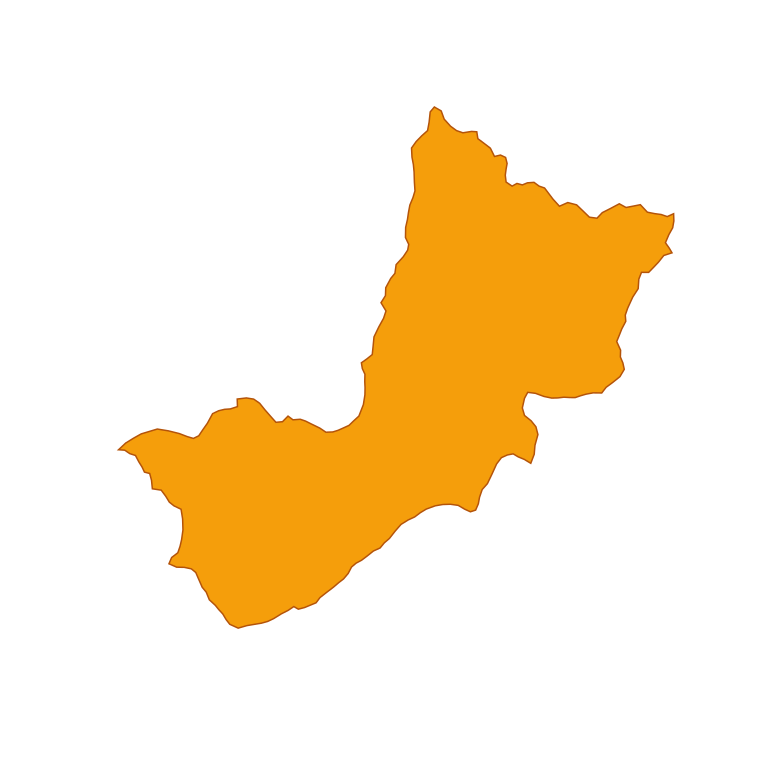 the district of Barão de Cocais, Minas Gerais, Brazil, rotated 19°
{"feature_id": "56859067B12176821101651", "entity_name": "Barão de Cocais", "entity_type": "district", "adm_level": 2, "iso_a3": "BRA", "parent_name": "Brazil", "parent_adm1": "Minas Gerais", "projection": "robinson", "projection_center": [-43.5, -19.896], "detail": "fine", "context": "isolated", "style": "filled", "palette": "amber", "viewbox_px": 768, "rotation_deg": 19, "n_neighbors": 0, "source": "geoboundaries", "source_scale": "gbopen_adm2", "svg_char_len": 3254}
<svg xmlns="http://www.w3.org/2000/svg" viewBox="0 0 768 768"><g transform="rotate(19 384 384)"><path d="M602.4,128.7L597.3,133.5L590.9,133.5L584.4,134.8L577.1,135.8L568.0,131.0L561.5,134.8L555.4,138.3L547.8,137.0L541.1,144.2L534.6,150.9L531.4,157.9L523.9,159.4L515.6,155.5L507.8,151.9L498.7,152.6L492.0,158.8L483.6,154.2L477.5,150.1L472.0,146.4L466.2,146.4L460.2,144.5L454.1,147.1L450.0,150.7L444.4,151.1L440.7,155.2L433.7,153.3L430.7,147.1L429.5,141.2L428.6,135.4L425.2,130.2L419.6,129.6L414.4,132.9L407.8,126.4L399.1,123.5L392.9,121.5L389.6,115.3L384.5,116.7L376.8,120.8L370.1,120.8L363.0,118.6L354.7,114.0L349.2,107.2L341.4,105.7L339.1,111.7L341.4,121.7L342.7,130.2L338.9,137.0L335.5,144.2L333.2,151.9L336.6,160.4L340.3,166.9L343.4,173.7L347.0,183.2L350.4,191.3L350.7,198.3L350.2,206.4L351.3,213.9L352.6,220.7L353.5,228.9L356.6,238.5L361.9,243.9L362.8,249.7L360.8,257.4L356.6,267.2L358.3,275.8L356.0,282.0L354.3,292.4L356.6,300.0L354.7,308.1L362.1,314.3L362.2,322.0L360.5,331.7L359.2,342.7L361.4,351.8L363.3,360.0L359.6,365.9L355.7,371.3L358.5,376.5L362.8,381.0L365.0,387.9L367.3,393.7L369.5,400.5L371.2,410.2L370.7,422.5L367.3,428.8L364.4,434.5L360.3,438.4L355.7,442.7L351.2,446.0L344.8,448.5L337.7,446.6L327.8,445.4L321.9,444.6L316.3,444.6L309.6,447.5L303.7,445.6L300.3,452.7L294.3,455.4L288.4,452.1L280.0,447.3L272.7,442.7L265.7,440.7L258.4,442.0L250.1,446.0L252.8,453.1L246.8,457.6L241.4,459.9L236.4,463.1L231.6,467.8L229.8,478.6L227.6,486.2L225.7,493.3L221.5,497.5L215.0,497.8L206.6,497.5L195.3,498.5L184.3,500.4L177.5,505.3L170.7,510.2L164.9,516.7L159.0,523.9L154.4,532.6L160.4,531.0L166.3,532.6L172.3,532.5L177.5,537.4L182.3,541.3L186.2,545.3L191.6,544.9L195.5,550.7L199.1,558.5L207.9,556.9L214.2,561.2L219.5,565.6L225.1,567.6L232.9,568.5L237.5,577.1L241.4,587.4L243.3,597.1L244.0,603.9L244.0,610.7L239.7,617.2L239.2,624.0L247.6,624.7L254.8,622.4L262.0,621.5L267.4,623.5L272.6,629.2L278.3,635.4L283.7,638.7L289.1,644.9L296.6,648.2L301.2,651.1L306.4,653.9L311.5,658.2L316.4,661.4L325.6,662.3L333.0,657.1L339.4,653.6L345.9,650.1L351.3,646.4L356.0,641.8L361.7,634.8L367.1,629.2L371.2,623.8L376.3,624.8L381.7,621.2L386.9,616.6L391.0,613.0L393.0,606.8L397.4,600.0L402.5,592.3L405.9,586.5L409.2,581.5L411.8,574.8L412.9,567.6L416.0,562.4L420.2,557.9L424.1,552.1L428.4,545.3L433.7,540.3L436.0,534.1L439.4,528.3L442.4,519.6L445.8,511.2L451.1,504.7L456.3,499.7L460.2,493.9L464.7,488.5L472.1,482.5L478.8,478.8L485.9,476.1L493.7,474.6L501.0,476.1L507.3,476.7L511.7,473.4L512.2,466.6L511.2,459.9L511.2,451.8L514.2,444.6L515.4,434.3L516.5,422.9L519.0,415.4L523.8,410.9L528.9,408.0L534.6,409.2L541.0,409.6L548.6,411.2L548.9,401.5L546.7,392.8L546.0,381.7L541.6,375.0L535.1,370.9L527.1,368.0L522.6,361.6L521.5,351.8L522.6,345.1L530.3,343.5L539.3,343.7L547.2,342.7L552.8,340.6L558.4,337.9L564.1,336.3L569.2,334.6L573.7,331.1L578.4,327.8L584.6,324.3L592.8,321.6L595.1,314.8L599.6,308.3L604.7,300.2L606.4,291.9L603.0,286.3L598.7,281.5L596.7,275.0L590.2,268.1L590.6,261.3L590.9,254.5L592.2,246.0L589.7,240.3L589.7,232.9L590.9,220.8L593.3,211.1L590.8,201.9L591.1,194.6L597.9,192.3L601.2,185.3L603.9,179.3L606.7,171.4L613.6,166.2L609.5,162.7L604.1,158.8L604.7,150.1L606.1,142.3L605.0,135.5L602.4,128.7Z" fill="#f59e0b" stroke="#b45309" stroke-width="1.5"/></g></svg>